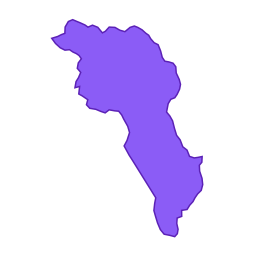 the district of São Domingos, Sergipe, Brazil, rotated 178°
{"feature_id": "56859067B88491630275121", "entity_name": "São Domingos", "entity_type": "district", "adm_level": 2, "iso_a3": "BRA", "parent_name": "Brazil", "parent_adm1": "Sergipe", "projection": "equal_earth", "projection_center": [-37.572, -10.77], "detail": "fine", "context": "isolated", "style": "filled", "palette": "violet", "viewbox_px": 256, "rotation_deg": 178, "n_neighbors": 0, "source": "geoboundaries", "source_scale": "gbopen_adm2", "svg_char_len": 1469}
<svg xmlns="http://www.w3.org/2000/svg" viewBox="0 0 256 256"><g transform="rotate(178 128 128)"><path d="M95.6,20.6L90.1,19.3L85.1,17.8L82.4,20.6L81.5,25.0L82.6,30.9L82.0,36.3L77.4,37.8L77.3,43.8L71.8,44.5L69.1,48.6L65.6,52.2L63.5,55.9L60.7,59.7L57.0,63.1L55.3,68.8L55.8,75.2L57.9,82.3L58.0,88.3L55.4,91.2L54.9,96.9L59.0,96.2L62.9,95.8L67.5,97.5L69.8,103.9L73.9,107.3L76.3,114.3L79.7,119.0L81.6,126.1L83.2,133.6L85.8,138.6L88.9,142.6L87.0,150.9L84.2,155.2L80.2,156.6L77.8,159.8L75.1,165.0L74.0,169.8L75.1,174.7L77.9,181.3L78.1,187.5L80.7,191.2L84.8,192.6L88.9,193.5L91.3,197.4L92.7,203.8L95.0,210.2L98.9,212.3L102.2,216.4L104.1,220.0L106.9,222.1L110.5,225.6L114.7,228.2L118.1,229.7L122.4,228.5L127.7,224.4L132.7,226.0L137.5,229.0L143.3,229.5L147.3,225.4L150.3,224.0L154.7,229.7L159.9,232.0L164.5,230.2L167.3,232.4L172.1,234.8L175.9,236.5L179.5,238.2L183.9,236.5L187.3,231.1L187.8,224.8L191.2,223.7L195.1,221.9L201.1,220.3L197.5,215.0L192.9,210.5L188.3,208.0L183.7,208.3L180.3,205.8L177.1,204.2L174.4,202.2L172.2,198.8L175.4,194.8L176.6,189.4L173.3,185.2L175.8,179.9L178.3,176.2L179.6,170.1L174.9,171.2L176.0,163.7L172.8,161.8L167.2,157.7L168.7,152.7L165.5,149.0L159.5,147.8L154.5,145.5L150.3,143.9L146.2,146.8L140.6,145.6L136.7,145.1L133.8,141.2L132.1,137.3L128.2,129.7L126.6,123.4L129.4,115.6L132.5,110.2L127.8,100.8L124.7,95.6L102.7,57.3L104.0,51.5L105.0,44.6L103.6,38.9L101.8,32.1L99.2,25.3L95.6,20.6Z" fill="#8b5cf6" stroke="#5b21b6" stroke-width="1.5"/></g></svg>